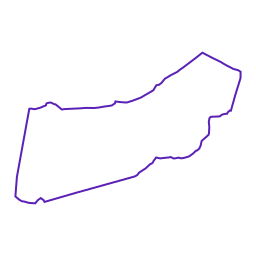 the district of Santiago Nundiche, Oaxaca, Mexico
{"feature_id": "50627088B34131206486621", "entity_name": "Santiago Nundiche", "entity_type": "district", "adm_level": 2, "iso_a3": "MEX", "parent_name": "Mexico", "parent_adm1": "Oaxaca", "projection": "robinson", "projection_center": [-97.69, 17.338], "detail": "fine", "context": "isolated", "style": "outline", "palette": "violet", "viewbox_px": 256, "rotation_deg": 0, "n_neighbors": 0, "source": "geoboundaries", "source_scale": "gbopen_adm2", "svg_char_len": 1584}
<svg xmlns="http://www.w3.org/2000/svg" viewBox="0 0 256 256"><path d="M202.4,52.7L194.9,58.6L183.0,67.6L180.0,69.6L177.4,71.8L171.3,74.9L164.8,78.8L161.3,83.1L158.9,84.8L156.3,85.3L153.3,90.3L140.8,97.6L132.9,100.6L128.7,101.9L127.3,102.4L125.6,102.5L119.2,102.0L117.3,101.7L115.5,101.4L114.9,103.4L111.7,105.5L107.8,106.1L104.5,106.5L99.0,107.5L94.2,108.0L85.7,107.9L79.1,108.4L70.5,108.8L64.3,109.1L61.8,109.5L55.6,104.4L54.3,104.2L51.1,102.7L50.3,102.5L49.5,102.6L46.7,103.3L46.2,104.1L45.9,105.3L45.3,105.7L44.4,106.0L43.4,106.3L41.8,107.1L40.0,107.8L35.6,109.0L34.5,109.2L31.6,108.7L30.5,108.6L29.3,108.8L16.9,176.9L15.4,196.4L16.4,197.3L19.1,199.6L21.8,201.2L24.9,201.7L28.5,202.8L31.7,203.1L35.2,203.3L38.0,200.0L40.8,198.1L42.4,199.3L43.5,200.0L44.5,201.9L78.1,192.2L134.9,176.4L137.3,175.0L137.9,174.2L139.2,172.5L145.6,168.4L150.3,164.0L151.6,163.6L152.8,162.5L153.8,160.6L156.1,157.5L160.2,158.4L161.7,158.2L162.5,158.1L165.3,157.8L168.3,157.5L169.2,157.4L170.6,157.0L173.4,158.4L174.8,158.4L178.8,157.6L179.9,158.1L182.1,158.3L186.6,157.2L189.3,156.3L192.0,154.3L193.2,153.4L195.9,150.8L197.2,150.4L199.4,148.5L199.8,147.3L200.6,145.8L201.4,142.1L201.7,140.9L208.6,134.8L209.0,133.1L209.3,127.0L208.8,121.9L209.5,118.0L210.9,116.8L219.7,116.4L221.9,114.7L224.4,114.0L227.1,113.7L227.7,112.4L229.8,110.5L230.9,110.7L231.5,108.6L232.3,105.6L233.8,100.4L235.0,96.0L235.2,95.3L240.5,78.2L240.6,71.8L238.2,70.2L233.2,68.9L232.4,68.4L229.1,66.7L226.3,65.3L223.9,63.9L221.1,62.2L218.4,60.8L213.2,58.3L205.8,54.5L202.4,52.7Z" fill="none" stroke="#5b21b6" stroke-width="2"/></svg>